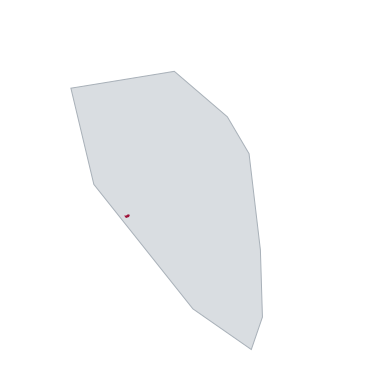 L'Union, Praslin, Saint Lucia (highlighted), rotated 139°
{"feature_id": "8701671B12184767464675", "entity_name": "L'Union", "entity_type": "district", "adm_level": 2, "iso_a3": "LCA", "parent_name": "Saint Lucia", "parent_adm1": "Praslin", "projection": "albers", "projection_center": [-60.901, 13.877], "detail": "fine", "context": "in_parent", "style": "filled", "palette": "rose", "viewbox_px": 384, "rotation_deg": 139, "n_neighbors": 0, "source": "geoboundaries", "source_scale": "gbopen_adm2", "svg_char_len": 615}
<svg xmlns="http://www.w3.org/2000/svg" viewBox="0 0 384 384"><g transform="rotate(139 192 192)"><path d="M261.1,262.1L215.3,349.8L126.2,294.7L116.0,225.5L123.8,183.5L178.4,103.4L220.9,51.4L250.6,34.2L268.0,103.2L261.1,262.1Z" fill="#d9dde1" stroke="#a8b0b8" stroke-width="1"/><path d="M256.0,215.3L254.9,215.8L254.9,216.0L255.2,216.2L255.3,216.3L255.5,216.5L256.0,216.6L256.3,216.6L256.5,216.5L256.8,216.6L257.9,217.0L258.1,217.2L258.2,216.6L258.0,216.2L257.8,215.9L257.7,215.9L257.1,215.9L256.8,215.7L256.6,215.6L256.4,215.6L256.2,215.4L256.0,215.3Z" fill="#f43f5e" stroke="#9f1239" stroke-width="1.5"/></g></svg>